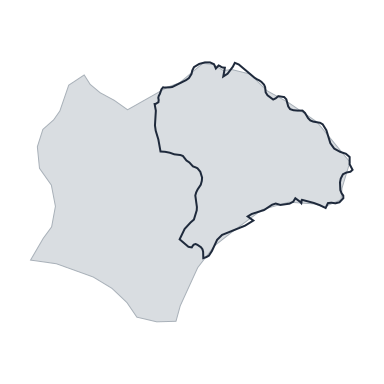 location of Diekirch within Luxembourg, rotated 95°
{"feature_id": "LUX-906", "entity_name": "Diekirch", "entity_type": "District", "adm_level": 1, "iso_a3": "LUX", "parent_name": "Luxembourg", "parent_adm1": "", "projection": "equal_earth", "projection_center": [5.98, 49.94], "detail": "fine", "context": "in_parent", "style": "outline", "palette": "slate", "viewbox_px": 384, "rotation_deg": 95, "n_neighbors": 0, "source": "natural_earth", "source_scale": "10m", "svg_char_len": 2378}
<svg xmlns="http://www.w3.org/2000/svg" viewBox="0 0 384 384"><g transform="rotate(95 192 192)"><path d="M196.0,57.3L193.2,68.8L193.7,94.7L203.4,120.6L226.1,146.2L243.5,164.8L266.8,179.7L306.4,193.8L322.2,196.7L324.4,215.8L321.5,236.0L307.8,247.2L295.0,263.3L285.3,283.0L275.3,320.8L273.9,346.9L251.0,336.1L239.0,328.8L218.2,326.8L197.4,332.7L181.7,346.0L160.4,350.0L142.6,346.0L132.2,336.1L122.8,330.7L96.3,324.1L84.8,309.6L93.6,302.9L101.1,292.2L107.6,277.2L115.7,263.4L89.7,225.5L84.3,213.9L62.9,192.5L63.2,181.6L68.3,171.3L66.5,163.3L69.5,144.3L84.5,126.3L94.4,104.0L111.3,73.7L148.4,37.3L175.0,42.9L186.6,42.8L193.8,56.1L196.0,57.3Z" fill="#d9dde1" stroke="#a8b0b8" stroke-width="1"/><path d="M196.3,57.5L193.9,63.7L192.3,69.7L190.2,81.8L190.8,82.1L192.8,82.0L193.6,82.1L192.3,83.5L189.2,88.5L192.8,90.3L195.1,93.8L197.2,102.8L196.2,107.6L197.7,111.1L203.6,118.5L208.7,130.6L211.5,134.4L215.1,128.4L220.9,136.2L232.1,158.3L237.4,162.8L249.0,167.0L253.9,169.6L255.6,172.0L256.9,175.0L250.6,175.7L248.1,176.6L246.2,178.3L244.2,181.9L243.5,183.9L244.3,185.7L245.4,186.5L247.2,187.4L247.1,189.3L246.9,190.8L240.2,200.2L229.4,196.1L222.4,190.7L219.3,187.7L209.9,185.7L206.6,185.8L195.2,188.4L192.0,187.8L188.9,186.6L184.0,183.9L180.1,183.2L176.8,183.2L171.1,185.5L167.9,188.6L167.2,190.4L166.4,193.3L162.8,197.2L161.1,200.3L156.9,204.2L156.2,206.7L156.0,212.9L154.8,217.6L154.3,222.3L154.4,226.9L142.6,230.1L134.1,233.5L128.9,234.7L114.2,235.1L107.6,236.9L107.4,235.9L105.5,233.3L103.3,233.2L101.1,233.8L99.2,233.5L97.1,232.6L92.4,231.4L90.2,229.9L90.4,228.9L89.6,222.9L89.1,220.8L81.1,207.7L78.8,205.0L74.5,202.8L70.9,202.3L67.4,200.9L63.8,196.0L61.8,190.5L61.3,185.4L62.8,181.2L66.9,179.0L63.6,176.5L64.2,174.9L64.8,173.9L65.3,172.6L65.3,170.1L74.2,170.9L71.1,166.9L63.6,162.2L59.6,160.6L60.9,156.5L72.7,139.7L74.1,137.0L74.9,134.8L76.2,132.5L78.8,129.6L81.2,128.3L86.3,127.3L89.1,125.2L92.8,119.2L91.4,116.8L89.0,114.4L89.4,108.4L91.5,106.1L98.4,103.6L100.9,101.5L101.7,98.1L101.7,94.0L101.3,89.0L103.4,86.3L108.3,82.8L110.4,80.4L111.3,77.4L111.9,70.4L113.2,67.7L118.8,63.5L131.4,58.4L136.4,54.1L139.1,47.9L140.5,42.0L143.4,38.0L150.6,37.4L155.9,34.0L158.0,35.9L159.2,40.0L161.2,43.2L164.2,44.4L165.7,45.0L169.5,45.4L177.2,44.4L180.2,42.9L182.4,41.0L185.0,40.7L189.4,44.2L190.8,48.2L190.5,52.2L191.2,55.6L196.3,57.5Z" fill="none" stroke="#1e293b" stroke-width="2"/></g></svg>